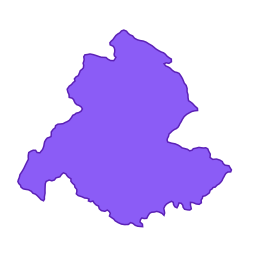 outline of Engenheiro Navarro, Minas Gerais, Brazil, rotated 274°
{"feature_id": "56859067B42311987852102", "entity_name": "Engenheiro Navarro", "entity_type": "district", "adm_level": 2, "iso_a3": "BRA", "parent_name": "Brazil", "parent_adm1": "Minas Gerais", "projection": "natural_earth1", "projection_center": [-44.019, -17.298], "detail": "fine", "context": "isolated", "style": "filled", "palette": "violet", "viewbox_px": 256, "rotation_deg": 274, "n_neighbors": 0, "source": "geoboundaries", "source_scale": "gbopen_adm2", "svg_char_len": 3844}
<svg xmlns="http://www.w3.org/2000/svg" viewBox="0 0 256 256"><g transform="rotate(274 128 128)"><path d="M61.5,25.4L60.0,27.7L59.7,29.8L59.4,33.1L58.1,36.0L56.3,37.7L55.5,40.4L54.2,42.2L52.2,44.4L50.5,46.2L49.5,48.8L51.2,49.6L53.3,49.4L55.5,49.6L57.2,49.8L59.6,49.6L61.5,49.5L64.3,49.4L66.8,49.4L69.0,50.1L70.6,53.0L70.0,55.7L71.0,58.2L73.3,59.7L74.5,63.4L77.0,64.9L78.8,66.7L77.9,69.2L76.4,70.3L74.8,71.9L73.4,74.6L70.8,74.8L68.8,76.7L67.4,78.6L65.2,79.2L63.2,81.2L60.9,81.4L58.7,81.0L57.1,83.0L56.2,86.8L55.1,89.7L55.1,92.0L54.3,94.1L52.5,93.6L51.8,95.8L52.7,98.1L50.6,99.7L49.0,101.6L48.1,104.0L45.4,105.0L43.7,107.2L43.3,110.8L44.7,113.1L43.4,115.1L41.6,116.3L38.9,115.6L37.4,118.0L36.2,120.1L34.5,121.7L32.9,124.8L31.7,128.1L31.4,131.4L31.8,135.1L33.8,137.2L33.2,139.5L31.4,142.0L30.7,144.5L30.6,147.1L30.6,149.5L33.1,149.1L35.1,146.5L37.6,146.9L39.2,148.1L38.8,150.5L39.2,153.0L42.0,154.1L44.4,155.5L45.6,157.4L46.0,160.1L46.8,162.4L46.4,164.8L45.2,167.9L43.4,170.0L45.7,170.5L47.8,170.0L50.3,169.3L52.9,170.3L54.8,171.7L56.4,173.9L57.9,176.5L57.0,178.3L54.8,178.8L52.7,180.2L51.8,182.4L53.8,183.3L56.8,184.1L56.6,186.4L54.8,188.0L52.8,188.5L50.9,190.1L50.5,193.2L50.5,195.4L51.7,196.8L55.4,195.7L58.2,195.5L58.1,198.1L57.0,201.3L56.8,204.3L58.5,206.4L61.2,206.0L63.2,207.1L65.0,207.3L65.8,209.8L67.2,211.7L69.0,213.7L71.7,214.3L73.1,216.1L74.7,217.1L75.1,219.1L77.2,220.8L78.8,223.0L80.5,224.4L82.2,225.5L84.2,226.2L86.0,227.1L87.9,227.9L89.5,228.8L91.0,230.6L91.4,233.5L93.4,234.1L95.2,232.8L97.4,231.3L97.7,227.4L99.1,225.5L101.1,224.4L102.4,221.9L103.2,218.5L102.6,214.7L104.3,211.9L107.7,211.9L110.2,210.3L112.8,209.0L113.7,207.0L113.3,204.7L113.4,202.7L113.6,200.1L112.7,197.4L111.9,194.6L110.3,193.4L109.5,191.1L110.9,188.8L111.5,185.8L111.9,183.3L113.1,181.7L114.4,179.3L115.5,176.1L115.9,172.5L116.8,168.6L118.7,167.8L120.5,168.1L122.5,169.0L124.8,169.3L126.7,171.1L128.1,172.3L129.8,174.4L130.7,176.2L132.2,177.8L134.1,178.8L135.8,179.4L137.8,180.5L140.6,181.7L143.4,183.3L145.8,185.7L147.4,188.1L148.9,190.5L149.8,193.3L150.3,196.2L152.5,195.9L154.6,193.1L157.0,190.6L158.3,188.6L159.5,186.5L162.3,185.8L165.4,185.5L168.3,184.4L171.6,184.2L174.6,183.0L176.7,181.0L178.8,180.0L181.0,178.9L183.1,177.5L184.5,176.4L186.0,175.2L186.8,173.1L187.2,170.6L188.6,168.2L190.7,165.8L191.7,163.8L192.6,161.2L194.6,159.5L195.7,161.6L195.3,164.3L197.1,166.7L199.8,166.4L200.9,164.2L202.3,162.0L204.3,160.0L205.5,158.2L206.1,156.0L207.0,153.9L208.0,151.8L209.1,149.9L210.4,148.2L211.8,146.2L213.5,142.7L214.9,140.1L215.8,137.2L216.1,133.9L216.7,131.1L218.0,128.2L220.2,126.2L221.2,123.3L222.5,121.5L224.5,119.7L225.4,117.0L224.4,114.7L222.3,113.1L221.3,111.5L219.5,109.5L217.3,108.1L215.1,106.8L213.5,105.2L211.8,104.0L209.7,104.4L208.6,107.4L207.2,108.6L205.2,109.3L202.9,109.4L200.7,109.0L199.0,109.4L197.7,111.0L196.0,110.2L194.2,109.1L194.1,105.8L195.4,102.9L196.8,101.2L196.8,99.0L196.7,96.5L197.3,94.0L198.1,91.1L198.8,88.1L199.2,84.9L198.5,82.4L198.0,79.9L196.0,78.9L193.2,79.5L191.2,79.2L189.5,78.7L187.5,79.4L184.9,79.3L183.4,78.1L181.9,76.4L179.5,75.7L176.7,74.7L175.3,72.5L173.3,71.1L171.2,71.9L169.5,70.1L167.4,68.6L165.7,66.5L162.5,64.6L159.6,65.5L157.3,66.8L154.4,67.2L153.9,70.1L152.6,71.7L150.7,72.6L149.0,73.7L147.7,75.3L147.1,77.5L145.8,79.8L143.8,81.2L141.5,80.0L140.0,77.9L139.2,75.3L137.8,73.9L136.8,72.0L134.5,70.9L131.6,69.0L130.1,66.9L129.2,65.1L127.8,62.9L127.3,60.3L126.9,57.7L125.3,55.6L123.1,55.3L121.4,53.4L118.7,51.7L116.3,51.9L114.1,51.8L113.1,50.0L112.4,48.2L110.7,46.9L108.4,45.8L106.3,45.5L104.2,45.3L102.2,44.8L100.5,44.2L99.1,43.2L97.1,41.8L97.2,39.0L99.3,37.4L99.2,34.9L98.0,32.6L96.6,30.7L93.8,30.4L91.9,30.5L89.9,30.8L86.9,29.5L83.7,28.2L80.6,27.0L78.3,25.9L76.3,24.8L74.0,23.5L70.9,23.0L68.6,22.2L66.8,21.9L64.9,23.0L63.4,24.7L61.5,25.4Z" fill="#8b5cf6" stroke="#5b21b6" stroke-width="1.5"/></g></svg>